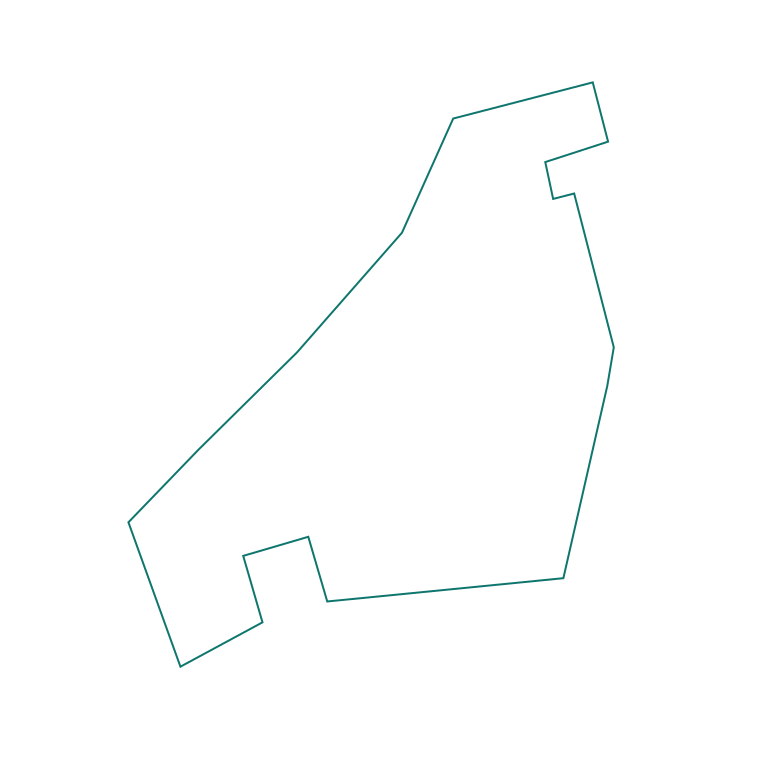 the district of Navoi city, Navoi, Uzbekistan, rotated 254°
{"feature_id": "79887680B50515464661087", "entity_name": "Navoi city", "entity_type": "district", "adm_level": 2, "iso_a3": "UZB", "parent_name": "Uzbekistan", "parent_adm1": "Navoi", "projection": "equal_earth", "projection_center": [65.362, 40.044], "detail": "fine", "context": "isolated", "style": "outline", "palette": "teal", "viewbox_px": 768, "rotation_deg": 254, "n_neighbors": 0, "source": "geoboundaries", "source_scale": "gbopen_adm2", "svg_char_len": 394}
<svg xmlns="http://www.w3.org/2000/svg" viewBox="0 0 768 768"><g transform="rotate(254 384 384)"><path d="M372.2,187.9L321.5,100.2L168.4,110.4L188.4,201.5L257.6,201.3L258.0,269.1L190.6,269.5L147.9,502.9L320.6,598.1L355.9,615.0L514.7,619.3L515.3,597.6L552.9,600.2L555.2,666.2L616.4,667.8L620.1,523.7L524.5,443.0L438.3,309.0L372.2,187.9Z" fill="none" stroke="#0f766e" stroke-width="2"/></g></svg>